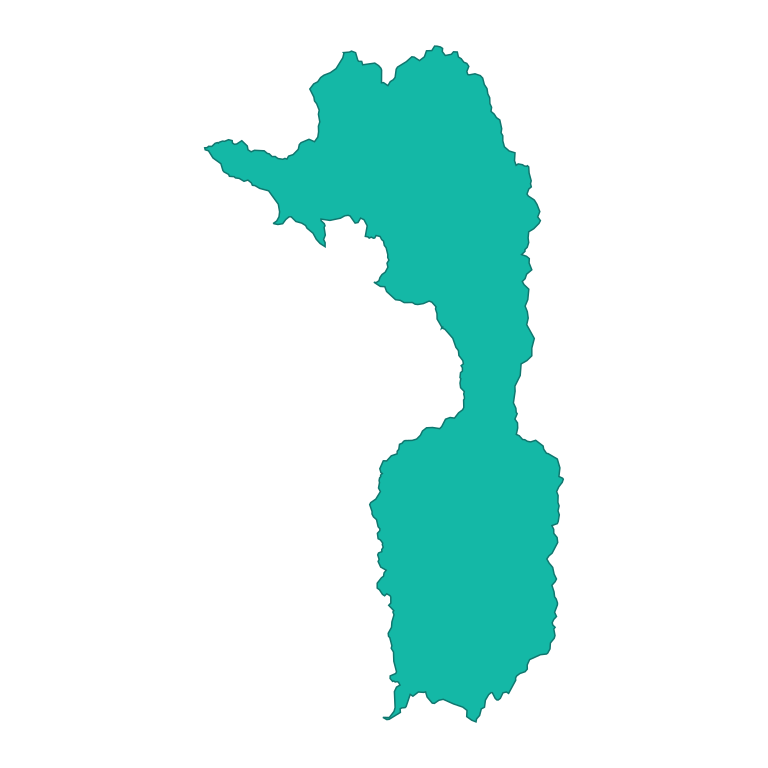 Loja, Loja, Ecuador
{"feature_id": "8360857B45302823884127", "entity_name": "Loja", "entity_type": "district", "adm_level": 2, "iso_a3": "ECU", "parent_name": "Ecuador", "parent_adm1": "Loja", "projection": "orthographic", "projection_center": [-79.286, -4.091], "detail": "fine", "context": "isolated", "style": "filled", "palette": "teal", "viewbox_px": 768, "rotation_deg": 0, "n_neighbors": 0, "source": "geoboundaries", "source_scale": "gbopen_adm2", "svg_char_len": 6059}
<svg xmlns="http://www.w3.org/2000/svg" viewBox="0 0 768 768"><path d="M383.3,460.8L379.8,468.7L380.9,472.5L382.3,473.5L380.6,475.1L380.7,476.7L379.6,477.9L379.1,480.4L379.5,482.7L378.5,488.0L380.4,491.6L375.8,499.1L370.7,502.6L369.7,504.6L372.1,511.7L372.0,514.0L373.4,516.8L376.5,519.6L378.1,526.7L379.9,528.8L379.8,530.7L377.4,533.3L378.1,538.7L380.4,539.9L382.7,543.1L382.3,544.6L383.2,547.2L381.7,549.6L381.8,551.6L378.5,553.0L377.7,554.9L379.1,559.3L378.1,561.5L380.7,567.1L386.2,570.2L384.1,572.8L383.5,576.3L381.5,577.7L377.2,583.2L377.2,588.1L379.5,589.8L382.5,594.4L384.6,595.8L386.7,593.8L390.0,595.6L390.8,597.1L390.8,603.1L388.7,605.3L393.8,610.7L392.9,612.0L394.0,614.8L391.9,621.9L391.5,627.3L388.2,633.3L388.5,636.2L389.8,637.7L391.9,645.8L391.2,648.2L393.5,652.0L393.8,661.2L396.5,671.8L395.7,673.5L390.2,675.9L390.1,678.5L392.6,681.4L393.8,681.0L395.2,682.0L397.1,681.6L398.5,682.3L400.0,685.1L396.5,687.1L394.4,691.6L395.1,707.6L394.0,711.4L389.3,717.5L382.9,717.4L386.8,719.6L389.2,719.3L400.4,712.4L400.1,708.9L401.7,707.9L405.1,707.6L406.1,706.6L410.2,694.4L412.9,696.2L418.4,692.0L423.7,692.4L425.6,691.9L427.1,697.0L432.2,703.1L434.4,703.4L438.8,700.3L443.2,699.3L453.7,704.0L462.8,707.1L467.0,710.4L466.7,716.6L471.7,720.2L476.0,721.9L476.6,718.9L479.6,715.5L481.3,708.9L484.5,707.2L485.4,700.2L488.6,694.7L491.0,692.6L492.3,692.7L495.2,698.4L496.8,699.9L498.2,700.0L500.3,698.4L503.0,692.8L506.4,692.0L508.6,693.4L515.7,680.3L515.6,677.9L516.7,675.9L519.9,673.5L525.1,671.7L527.3,669.1L527.2,665.0L529.6,659.6L540.4,654.7L546.5,654.0L547.7,653.1L550.0,648.9L550.4,643.0L554.2,638.3L555.0,635.6L553.8,629.0L555.1,627.3L552.8,625.0L552.2,622.7L553.8,619.4L556.5,616.5L554.6,612.3L557.4,604.9L557.5,603.0L556.2,599.0L554.6,596.8L554.0,591.8L551.9,585.3L555.1,581.7L556.5,579.0L554.1,574.1L552.7,567.4L549.2,563.2L546.8,559.0L549.0,555.8L552.1,553.2L557.7,542.5L557.1,537.5L553.8,533.4L553.7,529.3L551.9,525.6L557.3,523.6L558.2,521.5L559.3,514.8L558.0,510.9L559.1,505.9L557.9,502.4L558.1,495.5L556.6,491.6L558.8,486.8L562.2,482.4L563.3,479.2L562.6,478.2L558.9,476.5L559.9,467.9L557.3,459.0L548.1,453.6L546.5,453.3L543.7,449.2L543.1,446.0L535.7,440.3L530.6,441.9L527.4,441.3L524.8,439.7L522.6,439.5L519.2,435.7L516.3,434.4L517.7,428.0L517.5,422.9L514.9,419.1L517.2,413.7L516.2,412.3L515.9,408.3L513.4,402.9L515.1,391.2L514.9,386.2L520.2,375.5L521.1,363.9L526.9,360.6L531.8,355.8L531.8,348.1L534.3,338.5L526.7,324.7L528.2,318.1L527.3,311.6L525.1,306.1L527.8,299.6L528.8,289.2L524.0,284.6L522.3,281.5L525.1,278.7L526.6,274.2L531.8,269.8L529.1,263.0L529.3,258.6L526.5,256.3L521.6,254.6L525.0,251.3L524.9,249.6L527.2,247.3L528.7,242.6L528.1,237.9L528.7,231.8L533.8,228.7L539.0,223.4L540.4,220.6L537.7,216.9L539.8,211.6L537.0,204.4L534.4,200.1L528.3,196.0L527.0,194.0L528.8,189.0L531.3,186.9L530.5,183.7L531.2,180.8L529.1,173.0L528.7,166.9L527.4,165.7L526.6,166.3L524.4,166.0L522.5,164.7L518.2,163.9L516.1,165.3L514.5,160.7L515.0,152.8L509.2,151.0L504.4,146.8L502.8,140.9L502.8,135.8L501.1,132.8L501.7,128.7L499.8,120.0L496.4,117.6L494.2,114.1L491.0,111.4L491.6,107.3L489.9,103.6L489.7,97.8L487.8,93.9L487.0,88.6L484.3,84.5L482.7,78.1L480.3,75.6L475.0,73.8L469.1,74.9L467.8,74.5L466.8,71.6L468.8,66.4L466.8,63.4L463.8,62.2L461.2,58.7L458.4,57.0L457.3,52.0L453.5,51.8L451.4,54.3L445.3,55.5L442.3,51.6L442.6,48.4L440.5,47.0L437.2,46.2L434.6,46.1L431.8,50.6L426.5,50.8L424.4,56.8L419.5,60.6L414.2,57.1L411.8,56.8L406.3,61.7L397.5,67.1L396.2,69.2L395.1,77.4L393.3,79.7L390.3,81.6L387.9,85.6L383.5,82.6L381.5,82.8L381.6,70.1L380.9,68.2L378.6,65.6L374.8,63.1L362.7,64.8L361.7,61.4L358.7,61.3L357.8,60.3L355.6,52.7L351.5,51.1L349.4,52.1L343.4,52.6L343.9,53.3L342.8,57.8L336.1,68.6L330.3,72.7L323.9,75.2L320.6,77.6L317.7,81.8L313.7,83.9L309.8,89.0L313.9,97.1L314.5,100.9L316.7,103.8L319.2,110.2L318.4,114.2L319.8,121.9L318.4,126.2L318.6,131.8L317.8,137.1L314.5,141.7L309.0,139.3L301.0,142.7L299.3,144.6L298.3,149.3L293.1,154.6L288.6,156.1L286.9,159.1L284.9,158.4L282.9,159.3L277.9,158.5L275.2,156.5L272.1,156.6L269.2,153.8L267.3,153.4L264.2,150.8L254.5,150.3L251.1,151.8L248.0,149.8L247.3,146.0L241.8,140.7L236.7,144.0L234.4,144.3L232.4,142.9L232.2,140.6L228.5,139.7L224.7,141.3L222.5,141.1L219.1,142.3L218.4,143.1L217.4,142.6L215.1,143.3L211.8,146.4L208.6,146.3L207.2,147.6L204.7,147.8L205.2,149.8L208.5,150.8L213.0,158.0L220.9,163.7L222.9,170.5L224.0,171.9L228.6,174.4L229.4,176.3L234.2,176.7L235.4,177.9L239.2,178.4L244.0,181.3L247.9,180.1L251.3,182.8L252.4,185.3L255.0,185.6L259.7,188.4L268.6,190.8L278.3,204.2L279.6,211.8L279.0,216.8L276.7,221.0L273.6,223.2L273.9,223.7L277.9,224.5L282.7,223.7L285.8,219.5L289.1,216.8L291.2,216.8L295.9,221.5L301.7,223.1L305.6,225.5L307.0,228.2L313.0,233.2L316.3,239.3L320.1,243.5L325.1,246.7L325.1,242.6L323.6,239.5L325.3,235.1L324.1,227.4L325.0,225.8L324.3,223.7L321.1,220.7L321.0,219.1L329.9,220.4L340.4,218.2L344.8,215.8L348.1,215.3L350.1,216.0L355.1,223.1L358.0,222.5L360.6,218.1L364.0,219.7L367.2,225.8L365.3,236.4L367.8,236.8L369.2,238.1L371.2,237.1L373.4,238.2L374.7,238.0L376.1,235.5L380.1,236.5L381.7,239.6L383.5,241.1L384.3,245.4L386.1,247.7L387.8,254.6L387.7,257.5L388.9,260.1L387.0,263.2L387.9,267.2L385.2,272.2L382.0,274.5L380.0,277.4L378.9,280.8L376.1,282.6L373.9,282.2L380.3,286.4L384.8,286.7L386.6,291.5L395.5,299.7L400.2,300.3L404.2,302.6L412.3,302.5L415.1,304.2L417.8,304.5L423.3,303.6L429.1,301.1L431.8,302.1L436.0,306.8L435.5,308.9L437.0,313.6L437.1,319.0L441.8,327.1L441.5,328.4L442.7,327.3L442.9,328.4L445.0,329.3L452.8,338.3L455.9,347.3L458.4,350.6L458.9,355.5L462.8,360.6L463.4,363.8L461.1,365.7L462.4,367.7L462.4,371.1L460.5,372.7L460.0,377.6L460.8,378.6L460.0,383.1L460.6,387.7L464.3,391.6L463.7,394.0L464.4,396.9L464.4,398.9L463.6,400.0L463.8,407.5L462.6,409.8L458.6,412.8L454.5,418.1L450.1,417.5L445.5,419.2L441.7,426.6L439.7,428.6L432.5,427.5L426.5,427.8L422.5,431.0L420.4,435.3L416.6,439.1L412.2,440.4L405.0,440.6L403.6,441.3L402.1,443.2L399.5,444.3L398.8,449.3L397.2,451.2L397.1,453.8L391.3,455.8L386.7,460.9L383.3,460.8Z" fill="#14b8a6" stroke="#0f766e" stroke-width="1.5"/></svg>